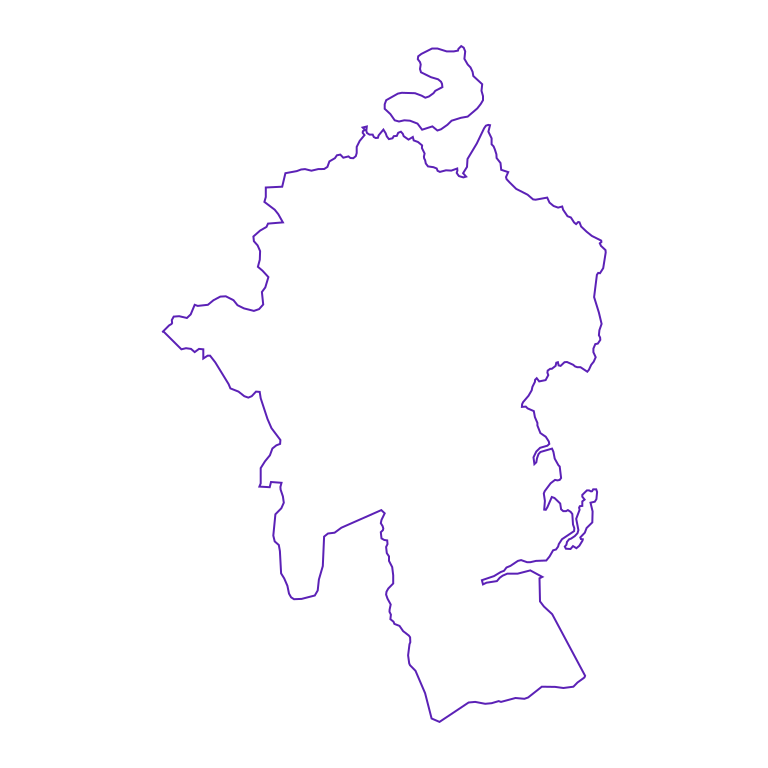 the district of Beluran, Sabah, Malaysia
{"feature_id": "92858781B11747054778186", "entity_name": "Beluran", "entity_type": "district", "adm_level": 2, "iso_a3": "MYS", "parent_name": "Malaysia", "parent_adm1": "Sabah", "projection": "natural_earth1", "projection_center": [117.451, 6.209], "detail": "fine", "context": "isolated", "style": "outline", "palette": "violet", "viewbox_px": 768, "rotation_deg": 0, "n_neighbors": 0, "source": "geoboundaries", "source_scale": "gbopen_adm2", "svg_char_len": 6091}
<svg xmlns="http://www.w3.org/2000/svg" viewBox="0 0 768 768"><path d="M259.4,486.6L269.7,487.2L271.0,482.0L281.5,482.8L280.4,487.0L280.6,489.6L282.9,496.4L283.8,502.7L281.3,508.3L275.4,514.3L273.3,535.6L274.7,541.4L278.8,545.0L279.9,551.1L281.1,573.4L284.2,578.4L287.4,585.8L289.0,593.6L291.1,597.3L294.0,599.2L301.6,598.9L314.8,595.5L317.7,590.5L318.9,579.5L322.8,566.1L324.1,536.6L328.0,533.5L334.6,532.7L341.4,527.7L381.3,510.1L384.7,513.3L381.5,519.9L380.8,523.2L382.6,526.1L383.3,528.5L382.9,530.2L380.8,532.2L381.5,538.4L384.3,540.0L387.2,540.4L387.5,544.1L386.1,547.0L386.8,553.1L389.0,556.4L389.0,560.9L392.2,567.1L393.2,575.3L393.2,583.5L388.3,588.5L386.5,591.7L386.1,594.6L387.5,598.6L390.7,604.5L389.6,609.7L389.5,611.8L390.9,614.6L390.4,619.2L393.5,621.7L394.4,623.9L399.5,625.9L403.1,631.1L408.9,635.6L410.1,637.3L410.3,642.2L409.5,644.2L408.1,655.3L409.2,663.4L410.0,665.2L415.5,670.8L425.1,693.2L431.6,718.5L439.5,721.9L468.6,702.5L475.2,701.9L485.2,703.8L491.6,703.2L498.7,701.1L501.0,701.9L515.5,698.0L524.4,698.8L528.1,697.5L541.8,686.7L555.2,686.9L563.4,688.0L573.4,686.7L577.5,682.5L584.4,677.5L585.1,675.8L552.2,614.2L543.9,606.5L540.0,601.4L539.5,578.3L542.3,576.9L530.3,570.4L517.5,573.7L507.2,573.7L502.6,575.7L499.7,577.8L496.9,581.1L486.5,582.7L483.0,584.4L481.9,580.2L494.0,576.1L500.8,572.0L504.0,570.8L506.5,567.5L510.4,565.9L517.9,560.9L521.1,560.1L527.1,562.2L530.3,562.2L536.0,560.9L546.3,560.5L549.6,556.4L553.1,550.3L556.0,549.5L558.1,546.6L558.8,544.1L562.0,539.2L574.1,531.1L574.3,528.2L573.0,524.5L572.3,514.0L570.7,511.9L567.9,510.1L566.1,511.1L563.2,511.1L561.1,509.3L560.2,503.5L554.5,498.0L551.8,497.0L547.4,507.2L545.8,509.8L544.2,509.6L544.9,500.9L543.8,493.5L544.7,491.2L550.6,483.3L555.0,479.9L557.5,480.4L559.7,479.9L561.1,478.0L559.7,466.5L558.4,465.2L554.7,458.6L553.4,451.8L552.0,448.6L540.4,452.0L538.5,454.1L537.0,458.3L536.3,462.3L534.4,464.1L533.5,457.3L536.3,451.5L540.1,447.8L547.4,445.7L549.3,443.9L548.8,441.5L545.8,436.8L540.4,433.1L537.4,425.5L537.4,422.9L534.9,417.1L533.8,411.1L527.6,408.4L525.8,406.6L521.9,406.9L522.1,404.2L523.1,402.1L528.5,395.8L531.7,390.3L532.4,386.9L534.9,381.9L535.1,379.8L536.7,378.2L539.2,381.4L545.6,380.1L548.3,375.1L547.4,372.7L547.7,370.6L550.2,368.8L551.8,368.8L555.6,365.9L556.3,362.7L557.9,362.2L558.6,365.4L560.6,365.9L564.5,362.2L567.0,362.0L573.2,364.8L575.0,366.4L577.3,367.2L580.5,367.2L587.3,371.7L588.9,369.8L591.2,364.8L593.7,361.7L595.7,357.2L593.4,352.2L593.4,348.6L595.3,344.1L597.8,343.6L600.3,339.9L600.1,337.5L598.9,335.2L599.4,330.2L601.6,323.9L598.9,312.6L594.1,297.1L596.9,274.8L598.2,272.9L600.0,273.2L603.2,268.2L605.7,252.5L605.5,250.1L601.0,245.9L599.8,243.3L601.4,242.0L601.2,240.6L591.8,235.9L586.6,231.7L581.1,226.5L579.5,222.3L578.2,222.0L576.1,224.1L574.1,222.5L570.9,217.5L567.5,216.2L563.1,209.7L562.2,206.5L558.1,207.6L553.6,206.0L549.5,202.6L547.2,197.6L535.6,199.7L533.1,199.4L527.6,194.7L516.2,188.9L509.6,182.4L506.6,179.2L506.0,177.1L508.2,172.1L501.2,169.8L500.5,163.0L496.6,158.0L496.4,154.3L494.8,149.3L493.6,146.4L491.6,144.3L491.6,138.3L488.4,131.7L490.0,125.2L488.2,124.9L485.9,125.7L484.1,128.3L476.8,143.5L467.5,159.0L467.0,166.9L463.1,173.2L466.1,176.6L463.4,177.4L459.0,176.1L458.1,175.0L456.7,172.9L457.4,170.6L457.2,168.5L451.3,170.6L446.0,170.3L439.9,171.9L437.6,170.8L436.7,168.5L433.5,167.2L428.0,166.4L425.8,163.5L425.1,160.1L424.2,158.5L423.9,156.7L424.6,153.5L421.9,148.0L422.1,145.4L418.0,142.0L413.7,140.4L412.8,137.0L408.5,139.6L403.7,136.2L402.8,133.8L400.9,131.7L398.2,132.8L396.8,135.9L393.7,136.2L392.5,138.3L388.9,139.1L386.8,136.4L385.7,133.3L383.4,129.6L378.6,135.4L377.9,137.8L375.7,138.0L373.8,137.0L372.7,134.6L369.5,134.6L367.0,133.0L366.3,130.9L366.8,126.5L362.7,127.5L365.0,129.9L362.9,131.2L362.7,132.8L364.5,135.1L359.7,140.9L356.7,146.9L356.7,153.0L355.8,156.1L353.3,158.2L350.4,158.0L348.5,156.4L343.3,157.7L340.3,154.6L336.9,155.3L334.9,158.2L329.4,161.4L327.4,166.9L324.2,169.0L318.2,169.1L311.4,170.7L305.0,169.1L301.1,169.5L296.8,171.1L285.4,173.2L282.2,186.7L265.8,187.5L265.8,197.0L264.4,201.9L274.7,209.7L278.3,214.2L282.9,222.4L268.0,223.6L266.5,226.9L260.1,230.6L253.4,236.5L253.9,241.2L257.6,245.4L260.1,251.1L259.8,259.7L257.9,266.8L262.5,270.7L268.4,277.1L265.3,287.4L261.9,292.0L263.2,304.5L259.1,309.1L253.9,310.9L244.0,308.4L237.5,305.2L233.5,300.2L225.8,296.3L220.3,296.6L213.5,300.2L207.9,304.8L197.7,305.9L194.7,304.8L190.7,314.4L186.9,318.0L179.2,316.2L173.7,316.6L171.8,320.1L172.1,323.0L171.5,324.0L169.1,325.4L162.3,332.2L163.5,331.5L181.4,349.3L186.0,348.2L191.0,348.9L194.7,352.1L199.0,348.9L203.3,349.3L203.3,358.5L207.6,355.7L210.1,355.7L215.3,362.4L228.6,384.1L230.4,388.4L238.5,391.6L244.3,396.2L248.3,397.6L251.7,396.2L256.0,391.6L259.7,391.9L260.7,398.3L267.5,419.0L271.5,428.2L280.4,440.0L280.1,443.9L276.4,445.3L272.4,448.5L269.9,455.3L265.0,461.3L260.7,468.1L260.7,483.4L259.4,486.6ZM465.2,51.4L463.7,47.7L461.2,46.1L458.4,48.9L458.0,50.6L453.8,51.4L446.7,51.4L437.4,48.5L432.1,48.5L421.4,53.9L418.2,56.3L417.8,59.2L420.0,62.1L420.7,64.5L420.0,69.0L421.0,72.3L431.0,77.2L438.1,79.3L441.0,81.7L442.0,83.8L442.4,87.1L435.3,90.8L433.5,93.2L428.9,96.5L425.3,97.7L421.7,95.7L415.0,93.2L401.8,92.8L397.9,93.6L386.2,100.2L384.7,104.3L384.7,108.8L390.4,114.1L394.7,120.3L399.0,121.5L404.3,120.3L410.0,120.7L417.5,123.6L422.1,129.7L432.4,126.4L437.4,130.5L441.0,129.3L447.4,124.8L451.6,120.7L460.9,117.8L467.7,116.6L477.3,108.4L480.8,103.9L483.0,100.2L483.0,96.1L481.5,90.8L482.2,84.2L473.3,76.0L472.6,71.9L470.5,67.4L467.7,64.5L464.4,58.8L465.2,51.4ZM596.2,489.3L593.2,489.3L592.1,491.2L591.0,491.4L589.1,490.4L586.9,490.4L582.3,494.9L582.3,496.7L584.6,499.6L582.3,501.4L582.3,505.9L579.8,506.2L579.1,507.7L579.6,509.8L576.2,518.8L578.4,530.1L577.5,533.2L574.8,536.1L570.9,538.7L569.1,539.3L567.0,541.9L566.4,544.8L564.8,546.6L565.9,548.7L570.5,549.0L573.0,546.1L576.4,548.2L579.3,545.8L582.5,540.6L582.8,539.3L580.9,539.0L580.3,537.4L584.8,532.7L586.6,528.0L592.3,522.4L592.6,511.4L590.5,502.7L594.8,501.7L596.4,499.1L597.1,492.0L596.2,489.3Z" fill="none" stroke="#5b21b6" stroke-width="2"/></svg>